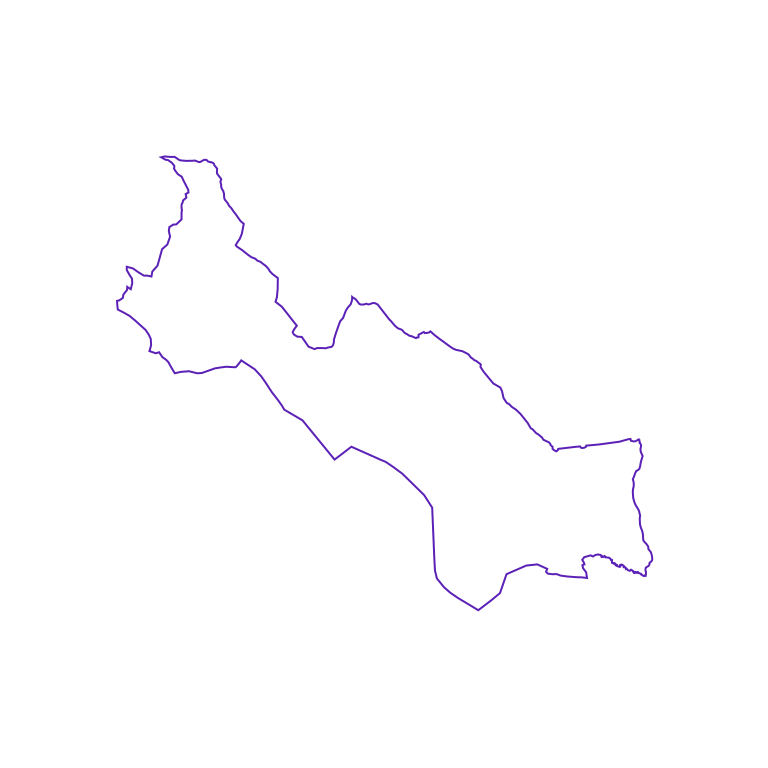 Agotime Ziope, Volta, Ghana (Equal Earth projection), rotated 138°
{"feature_id": "2480657B11620193732867", "entity_name": "Agotime Ziope", "entity_type": "district", "adm_level": 2, "iso_a3": "GHA", "parent_name": "Ghana", "parent_adm1": "Volta", "projection": "equal_earth", "projection_center": [0.664, 6.472], "detail": "fine", "context": "isolated", "style": "outline", "palette": "violet", "viewbox_px": 768, "rotation_deg": 138, "n_neighbors": 0, "source": "geoboundaries", "source_scale": "gbopen_adm2", "svg_char_len": 6042}
<svg xmlns="http://www.w3.org/2000/svg" viewBox="0 0 768 768"><g transform="rotate(138 384 384)"><path d="M475.3,431.7L468.9,411.5L471.3,360.9L450.2,359.2L437.5,330.6L434.9,325.1L432.7,316.4L430.4,305.1L428.5,274.7L430.9,259.9L463.5,220.5L471.0,211.2L474.8,204.1L475.4,192.9L474.4,184.5L472.3,175.8L465.3,152.8L449.5,151.5L437.7,151.0L420.2,160.7L399.8,153.9L390.8,147.4L386.4,137.4L389.2,136.0L389.2,133.6L386.4,130.2L382.8,127.1L381.0,123.5L376.5,118.2L369.4,110.8L366.6,108.2L362.9,104.0L359.8,108.8L359.3,113.9L357.8,116.6L355.7,115.9L354.9,117.8L354.3,120.7L351.0,121.3L345.1,118.4L344.1,116.0L341.6,115.6L338.8,114.0L338.6,113.4L337.6,112.3L337.4,111.5L337.1,110.8L337.1,110.5L337.2,110.3L338.0,110.2L338.1,109.8L338.0,109.7L337.4,109.4L337.0,108.8L335.7,108.8L335.2,108.6L335.1,108.3L335.1,107.8L335.5,107.3L335.5,107.0L334.8,106.5L332.9,104.1L332.7,102.5L333.1,101.6L333.1,101.3L332.5,101.1L332.3,100.7L334.2,98.6L333.4,96.7L332.9,97.1L332.5,96.7L332.4,96.4L333.1,94.2L332.7,93.9L332.5,94.2L332.2,94.3L331.9,94.0L332.0,93.6L332.1,93.2L332.6,92.8L332.5,92.5L332.3,92.4L332.1,92.1L331.9,91.5L331.2,90.3L330.7,90.2L330.3,90.4L329.7,91.5L329.4,91.4L329.0,90.8L328.6,91.0L328.1,90.7L327.5,88.5L327.7,88.0L328.2,87.9L328.5,87.5L328.3,87.1L327.5,86.7L327.4,85.5L327.9,85.0L328.0,84.6L327.3,84.6L327.2,82.1L326.6,81.0L326.1,80.7L325.8,80.5L324.9,80.8L324.6,80.6L324.1,78.7L324.1,78.4L324.5,78.0L324.4,77.6L324.0,77.4L324.0,76.8L324.1,76.6L324.6,76.4L324.6,76.0L324.1,75.7L323.9,75.7L323.0,76.1L322.8,75.9L322.7,75.0L322.5,74.6L321.4,74.7L321.1,74.5L321.5,73.4L320.7,72.4L320.5,71.6L320.0,70.9L320.0,70.6L320.4,70.3L320.4,70.2L320.0,69.5L319.6,67.7L319.2,67.2L318.5,67.4L318.3,67.3L317.9,66.4L316.5,67.5L315.1,69.0L314.8,69.9L313.7,71.3L312.7,72.1L312.3,72.3L310.7,72.1L309.4,71.8L308.7,71.9L308.0,72.0L307.5,72.4L306.3,73.4L306.1,73.5L305.4,73.2L303.0,73.5L302.3,73.9L301.1,75.2L299.4,77.9L298.4,80.0L298.2,80.8L298.0,84.1L297.9,84.5L296.7,86.0L296.3,87.1L296.0,89.9L296.1,91.8L296.0,94.0L294.9,95.7L292.6,98.5L290.9,101.1L290.3,102.4L289.5,104.7L288.4,107.1L287.3,108.9L283.7,113.2L282.0,114.5L281.1,115.9L280.5,117.2L279.7,118.4L279.3,119.5L278.8,121.4L277.9,126.2L276.7,129.3L275.0,132.6L271.7,136.9L269.7,138.9L268.5,139.8L267.5,140.4L265.3,142.5L263.9,144.5L262.8,146.7L259.4,148.3L257.7,149.3L255.0,150.5L252.0,150.0L250.8,150.2L248.2,151.8L247.4,152.6L245.7,153.8L245.3,154.2L240.0,157.4L238.7,161.4L238.1,162.5L236.9,164.1L235.7,165.0L234.5,165.8L233.8,166.7L233.4,168.1L233.5,169.0L233.3,169.4L232.8,169.6L232.5,170.6L232.1,171.1L231.7,171.4L231.7,172.4L235.3,173.1L236.9,174.3L238.5,176.6L237.6,178.2L239.6,179.6L247.7,183.6L264.4,195.0L275.0,202.9L275.9,202.2L277.7,202.6L279.1,203.4L280.2,204.7L280.1,206.4L283.1,208.7L297.9,219.2L299.2,218.5L301.0,218.7L301.9,221.0L302.1,223.0L300.8,224.4L301.0,227.1L300.5,228.4L300.4,230.0L302.8,235.8L302.4,238.6L303.1,243.6L303.8,245.5L303.9,251.1L304.6,252.9L303.3,258.8L302.6,270.4L303.1,276.7L304.3,281.3L304.5,285.3L305.4,287.8L304.6,293.5L301.2,299.5L299.9,303.5L302.4,311.2L301.8,326.0L300.9,332.1L299.0,333.7L299.2,335.2L300.0,339.4L301.0,341.5L301.1,343.4L301.7,345.1L301.4,349.7L303.8,356.0L307.6,361.1L309.0,364.2L310.0,368.2L312.7,381.1L313.7,386.5L314.3,392.1L316.3,392.2L319.5,394.4L319.6,396.0L325.4,397.5L327.1,395.6L328.8,396.7L329.5,396.7L330.0,397.6L331.5,401.1L332.1,401.7L333.0,403.3L333.6,405.9L334.2,407.1L334.5,409.0L334.4,412.1L334.9,413.3L336.4,416.1L336.9,420.0L336.7,427.0L336.9,428.0L335.5,447.3L336.5,449.9L337.6,451.2L339.0,452.1L340.9,452.7L342.5,453.7L343.4,455.5L345.5,456.4L346.2,456.9L348.1,458.6L348.8,460.2L348.4,464.8L348.5,466.8L349.3,469.1L349.4,470.0L351.5,467.8L355.0,465.7L357.0,465.3L359.8,465.0L363.4,464.0L370.3,460.4L374.4,460.0L377.4,458.5L385.5,454.1L391.5,450.5L393.4,448.5L395.3,447.3L396.9,446.7L398.2,446.7L400.9,448.4L403.6,449.7L406.1,452.3L409.7,455.5L412.2,456.3L415.1,462.3L413.6,474.0L416.7,477.1L417.8,480.8L417.6,482.6L417.3,483.4L416.8,483.8L414.4,484.7L409.8,485.7L408.2,509.7L409.6,517.7L405.6,520.1L399.5,525.7L392.0,533.8L393.3,540.3L393.4,544.1L392.9,546.5L392.8,549.0L392.8,550.6L393.8,555.5L393.9,557.1L395.6,560.5L395.8,563.2L397.7,567.0L398.5,570.6L399.4,575.5L399.7,577.9L401.4,584.6L401.3,586.4L398.1,587.4L394.0,588.4L389.1,590.8L381.0,596.9L381.6,600.7L381.4,602.9L380.5,610.2L380.4,612.6L380.0,615.5L379.8,616.8L379.9,620.0L379.2,622.8L378.9,627.7L378.1,629.4L375.4,632.7L374.9,634.0L374.3,634.9L374.2,636.0L373.6,638.5L372.5,640.2L371.7,640.9L371.1,642.2L370.1,643.9L369.4,644.3L368.1,644.8L367.7,646.5L367.5,650.1L367.2,652.2L366.2,653.5L363.9,655.7L363.7,660.0L363.0,661.7L363.1,662.5L363.8,664.2L364.3,664.5L364.5,665.1L365.0,665.5L365.3,666.2L365.9,667.1L365.9,668.9L366.2,669.6L367.6,670.9L368.0,670.9L368.9,671.3L369.8,671.6L371.2,671.7L372.5,672.2L372.8,672.7L373.1,672.9L375.0,676.6L377.7,678.6L378.0,679.0L381.0,681.5L384.3,684.9L386.2,687.2L387.6,692.9L390.3,695.2L394.8,699.9L397.9,701.6L396.2,696.7L394.7,695.1L393.6,690.3L393.8,687.0L393.9,686.4L394.6,685.6L395.9,684.6L396.4,682.2L396.8,677.8L395.6,673.4L397.0,668.9L399.5,659.4L401.2,657.1L404.3,657.9L406.1,654.8L406.5,654.7L410.4,654.9L412.3,653.6L412.9,653.3L413.5,653.2L414.6,652.6L416.9,650.0L417.7,648.5L419.7,646.9L424.3,641.8L431.6,641.6L434.0,643.5L438.6,644.2L441.6,641.6L444.4,636.6L451.7,632.6L458.7,632.7L473.1,623.5L480.9,622.6L484.9,619.5L487.6,623.2L489.9,625.1L491.8,631.5L493.2,637.8L496.7,643.2L498.9,640.8L500.1,635.4L500.8,630.9L503.7,627.3L508.8,623.9L509.8,628.0L512.0,625.8L516.6,625.1L517.9,624.8L520.5,622.7L524.8,623.3L526.8,624.4L529.4,621.1L532.0,617.5L529.3,610.3L527.5,604.8L526.5,598.0L525.0,583.7L525.8,578.0L527.2,573.5L531.2,568.6L536.3,565.4L533.0,559.5L529.9,558.1L530.7,552.1L529.7,547.8L529.6,544.6L530.8,539.5L532.3,532.0L526.8,528.9L520.4,524.0L515.6,516.9L511.9,514.0L499.3,508.8L494.6,505.8L489.7,502.4L483.9,496.5L482.9,495.7L480.2,495.9L475.9,496.7L474.3,497.1L470.2,481.4L470.1,471.7L471.2,463.1L472.8,453.2L473.5,443.6L474.3,436.3L475.3,431.7Z" fill="none" stroke="#5b21b6" stroke-width="2"/></g></svg>